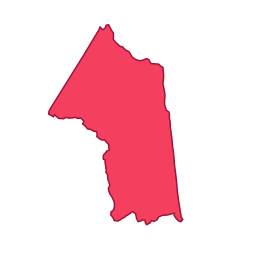 Carmo, Rio de Janeiro, Brazil, rotated 108°
{"feature_id": "56859067B48461845604566", "entity_name": "Carmo", "entity_type": "district", "adm_level": 2, "iso_a3": "BRA", "parent_name": "Brazil", "parent_adm1": "Rio de Janeiro", "projection": "orthographic", "projection_center": [-42.551, -21.892], "detail": "fine", "context": "isolated", "style": "filled", "palette": "rose", "viewbox_px": 256, "rotation_deg": 108, "n_neighbors": 0, "source": "geoboundaries", "source_scale": "gbopen_adm2", "svg_char_len": 2062}
<svg xmlns="http://www.w3.org/2000/svg" viewBox="0 0 256 256"><g transform="rotate(108 128 128)"><path d="M59.5,113.6L59.0,116.3L57.8,118.6L58.7,122.4L59.7,125.8L58.1,127.8L56.4,129.4L56.3,132.1L58.4,134.1L59.9,136.5L60.6,139.4L60.3,142.5L59.4,145.7L56.9,148.5L55.0,150.9L54.9,153.5L53.8,155.9L52.5,158.3L52.8,161.2L51.4,163.7L50.6,165.7L49.4,167.7L47.9,169.7L45.6,170.0L42.2,171.3L40.1,174.0L37.9,176.2L35.7,178.4L37.0,180.5L40.2,180.7L42.3,182.3L40.6,185.8L43.6,186.0L72.6,192.7L133.8,207.9L136.8,208.3L139.4,207.6L139.7,204.9L140.4,202.5L138.2,202.0L138.9,200.0L140.3,197.1L139.2,192.3L136.9,190.0L136.9,187.4L135.7,184.3L134.2,181.4L134.4,178.6L133.2,176.4L134.0,173.9L135.3,172.0L138.1,172.4L139.6,168.8L141.4,166.2L140.9,163.1L141.7,159.2L141.1,157.1L142.8,155.6L145.8,155.0L146.7,152.6L147.5,149.7L146.7,146.4L148.4,143.8L149.7,141.3L152.6,140.2L154.7,138.9L156.5,141.1L159.0,141.9L161.0,142.9L163.3,142.6L165.3,141.9L165.6,139.7L167.8,139.2L170.3,137.9L173.0,136.7L174.9,135.7L177.0,135.3L178.8,132.9L181.0,132.2L182.9,131.3L185.1,129.8L188.0,127.6L191.5,128.0L193.7,126.8L196.1,125.1L198.4,122.2L200.4,120.2L202.7,118.2L205.5,117.1L208.6,116.3L211.4,116.8L212.9,118.2L216.0,117.5L217.8,114.7L220.3,112.3L219.5,108.7L217.4,106.8L215.6,105.5L214.1,103.7L212.2,102.7L209.8,100.5L207.5,98.9L206.1,97.4L207.4,94.1L211.3,92.0L213.9,89.5L212.8,87.4L210.9,85.8L210.4,83.4L212.8,82.2L214.2,80.4L211.3,77.6L208.9,77.1L208.7,74.2L206.3,72.0L203.2,71.4L201.6,69.7L200.1,68.0L199.6,65.9L198.2,63.0L195.9,59.6L194.9,57.5L197.0,57.0L198.9,54.6L200.8,51.2L200.7,48.7L198.1,47.7L196.2,49.9L181.6,57.4L177.5,59.3L174.6,60.8L171.4,62.2L164.8,64.9L159.6,67.3L155.8,69.0L149.1,72.2L145.2,73.8L140.4,75.8L136.0,77.7L133.5,79.1L131.3,80.1L125.7,82.5L122.7,83.9L119.3,85.5L116.5,86.8L114.1,88.1L111.9,88.7L109.0,89.9L106.7,91.2L104.6,92.1L102.1,92.8L100.0,94.3L99.3,97.1L96.8,98.8L94.7,100.2L91.6,101.4L88.9,102.1L85.9,102.8L83.7,103.7L79.8,105.8L76.0,108.1L73.6,108.8L69.0,109.7L65.9,110.8L62.3,112.3L59.5,113.6Z" fill="#f43f5e" stroke="#9f1239" stroke-width="1.5"/></g></svg>